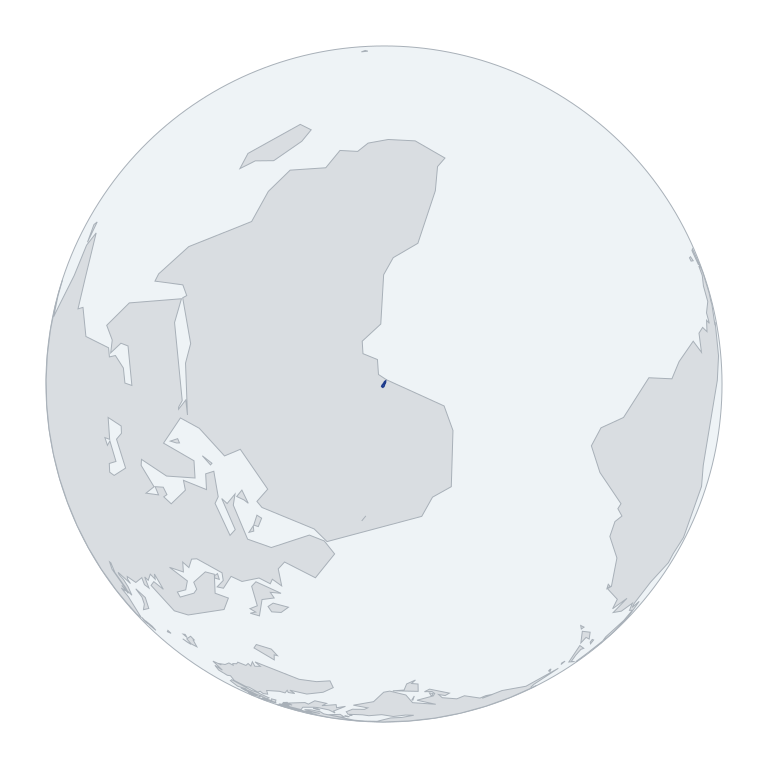 globe centered on Plateau, rotated 214°
{"feature_id": "BEN-2179", "entity_name": "Plateau", "entity_type": "Department", "adm_level": 1, "iso_a3": "BEN", "parent_name": "Benin", "parent_adm1": "", "projection": "orthographic", "projection_center": [2.644, 7.082], "detail": "fine", "context": "on_globe", "style": "filled", "palette": "blue", "viewbox_px": 768, "rotation_deg": 214, "n_neighbors": 0, "source": "natural_earth", "source_scale": "10m", "svg_char_len": 9083}
<svg xmlns="http://www.w3.org/2000/svg" viewBox="0 0 768 768"><g transform="rotate(214 384 384)"><circle cx="384" cy="384" r="338" fill="#eef3f6" stroke="#a8b0b8"/><path d="M265.3,67.6L259.4,70.0L262.6,69.1L255.1,72.2L264.1,69.0L270.4,66.5L276.4,64.4L278.9,64.0L269.8,67.5L267.2,68.2L265.8,69.1L260.2,71.2L264.4,69.9L253.0,74.9L267.8,69.6L261.8,73.3L253.3,76.7L249.6,76.8L220.8,88.6L211.1,94.0L201.1,100.5L191.7,110.9L182.8,117.5L174.1,126.0L181.0,121.6L190.3,113.6L201.0,108.6L211.1,100.5L216.9,97.7L229.1,90.1L232.0,91.2L228.3,96.7L218.3,103.3L216.4,106.4L229.8,100.6L215.0,114.8L211.9,128.3L207.5,132.6L192.0,138.4L182.1,135.8L162.0,147.4L179.8,140.3L168.7,153.0L168.9,155.8L172.3,155.9L178.4,151.5L175.6,156.5L156.9,164.3L159.1,159.9L165.1,157.1L160.3,156.5L147.6,163.7L143.0,170.5L128.8,177.3L125.3,182.6L120.2,187.7L126.8,178.4L114.7,195.9L97.3,212.8L80.5,245.8L91.8,218.9L92.6,214.9L92.0,214.1L89.1,219.3L90.4,216.7L104.2,194.6L119.6,173.6L136.6,153.8L155.0,135.5L174.9,118.6L195.9,103.2L218.1,89.6L241.3,77.7L265.3,67.6ZM69.0,261.8L69.7,261.1L59.1,291.1L58.8,298.4L53.0,322.0L51.6,335.3L53.9,333.6L55.5,341.2L60.2,328.4L66.2,322.7L62.7,342.2L68.8,325.5L70.2,336.0L84.3,339.3L82.3,343.4L93.6,370.0L111.5,383.9L115.6,399.1L112.9,407.6L120.4,411.4L120.6,417.3L155.5,431.4L177.5,448.7L179.6,469.0L166.7,490.2L167.9,537.3L148.2,549.3L151.9,567.6L151.6,592.4L138.5,587.8L151.3,602.3L151.5,609.1L145.5,608.0L152.2,617.2L148.2,616.2L156.4,623.3L161.7,633.4L174.0,643.9L180.8,651.9L189.1,657.9L187.3,657.1L188.6,658.6L192.6,661.6L182.0,654.7L165.5,641.4L159.4,635.5L156.9,633.6L142.5,617.8L144.1,620.5L122.4,594.4L109.7,573.4L80.2,508.9L73.8,495.0L63.5,476.7L49.9,424.3L49.4,405.0L48.3,394.8L52.2,368.9L53.9,342.1L53.3,337.5L50.9,346.5L51.3,327.4L55.1,306.8L56.1,302.4L69.0,261.8ZM75.3,256.9L75.4,276.7L70.6,276.6L72.4,274.0L73.4,266.4L73.6,258.7L70.7,260.5L75.3,256.9ZM86.0,240.1L85.6,238.3L86.6,238.7L86.0,240.1ZM226.6,90.2L227.8,90.2L224.9,91.6L226.6,90.2ZM230.8,87.3L226.6,88.9L228.0,87.8L230.5,86.8L230.8,87.3ZM235.6,85.6L230.9,85.7L233.4,83.8L245.2,78.7L235.6,85.6ZM271.3,65.9L264.8,68.6L267.9,66.9L271.3,65.9ZM294.2,58.2L292.6,58.7L284.6,61.0L292.5,58.8L271.8,65.5L272.2,65.1L294.2,58.2ZM279.1,63.6L278.3,63.5L287.7,60.4L290.9,60.0L286.9,61.1L279.1,63.6ZM286.0,61.6L292.3,60.0L290.2,61.2L280.5,63.5L286.0,61.6ZM288.8,59.9L293.4,58.6L291.9,59.1L288.8,59.9ZM286.1,66.0L285.0,65.3L289.7,63.5L286.1,66.0ZM294.9,59.4L295.6,59.0L297.3,58.4L300.9,57.8L294.9,59.4ZM311.7,53.9L314.3,53.4L305.3,55.5L311.1,54.2L312.5,53.9L303.6,56.1L304.3,55.6L305.2,55.4L307.9,54.8L311.7,53.9ZM309.9,55.5L300.1,58.8L301.1,60.1L296.9,61.6L296.0,59.4L309.9,55.5ZM307.0,55.6L307.8,55.8L302.1,57.1L298.0,57.9L307.0,55.6ZM319.3,52.3L320.7,52.1L318.1,52.6L319.3,52.3ZM311.3,55.5L313.7,54.8L312.1,55.4L311.3,55.5ZM319.1,52.7L317.1,52.9L319.6,52.4L319.1,52.7ZM320.0,53.4L316.9,54.3L314.0,54.7L320.0,53.4ZM320.5,52.8L324.4,52.1L314.8,54.2L319.2,53.0L320.5,52.8ZM321.7,52.2L322.6,51.9L322.2,52.1L321.7,52.2ZM332.8,52.0L321.5,54.7L315.1,55.2L327.0,52.4L332.8,52.0ZM203.8,668.5L184.9,656.8L193.6,662.4L189.8,658.6L203.3,666.8L203.8,668.5ZM196.6,659.1L198.1,657.6L201.3,659.4L201.1,660.9L196.6,659.1ZM708.3,289.0L708.6,290.3L704.9,278.0L695.5,255.1L696.9,264.9L701.5,300.7L708.2,332.8L707.1,348.3L690.9,304.7L679.7,275.2L676.4,279.2L657.7,256.7L632.6,260.0L626.8,252.9L622.6,257.4L609.0,251.5L599.3,239.9L592.2,241.8L617.5,272.4L624.9,270.7L628.0,257.0L633.9,268.5L646.7,277.6L640.5,308.8L599.6,341.4L592.0,317.8L542.0,257.4L541.4,250.3L541.1,249.5L540.2,248.2L539.4,259.9L529.6,248.4L560.2,290.3L566.9,309.4L599.1,342.9L597.0,347.0L606.2,353.7L631.4,341.2L632.4,349.3L622.7,388.7L584.6,444.7L587.6,479.0L581.4,508.8L553.2,530.7L551.1,553.0L535.9,562.1L531.9,574.8L517.2,589.1L494.1,603.0L459.8,605.4L461.2,594.2L449.5,572.9L434.6,519.6L447.0,493.9L445.4,474.4L420.2,431.9L426.0,407.3L418.4,397.4L403.1,400.6L393.9,388.8L384.3,388.9L321.9,399.4L300.8,384.0L270.8,336.5L280.5,317.3L278.7,295.4L343.1,221.5L360.8,224.8L416.1,213.4L423.7,215.6L421.6,231.8L466.6,249.5L476.0,235.2L512.4,244.0L533.8,242.0L533.7,211.7L498.6,214.1L488.1,200.4L512.8,186.1L542.9,185.9L539.8,180.7L517.2,170.2L520.3,160.4L508.9,166.0L516.3,170.9L509.3,175.0L502.1,170.9L503.5,167.3L493.4,165.7L489.3,184.9L496.4,192.0L472.1,197.2L481.6,209.8L476.3,216.5L458.4,197.8L457.3,190.6L427.0,172.4L425.9,180.1L454.5,198.3L447.2,197.2L446.0,209.5L441.2,199.3L410.3,179.1L386.0,185.4L361.4,217.0L345.8,220.5L329.9,215.5L332.5,185.0L366.9,180.8L368.3,171.6L355.9,159.4L367.4,159.7L366.6,154.8L379.1,153.3L391.3,140.9L403.2,139.0L402.9,124.9L408.9,122.5L407.4,131.2L412.7,136.9L441.5,134.4L445.6,131.2L443.1,122.7L451.3,123.8L445.2,116.0L459.3,112.1L436.9,110.8L433.3,102.5L439.0,96.0L433.8,93.4L424.6,104.3L424.5,109.1L430.9,113.3L427.1,128.3L418.3,131.4L407.0,116.1L393.3,119.5L390.5,107.6L417.2,83.0L431.0,78.7L464.5,86.8L464.3,91.4L452.1,90.4L468.1,98.1L464.5,94.2L471.4,95.6L469.7,89.4L474.5,90.2L464.7,83.4L470.4,83.7L476.5,88.0L478.8,80.7L489.2,80.8L487.5,78.9L482.6,76.8L499.1,79.2L497.0,77.8L490.8,76.3L482.8,72.8L474.9,67.9L481.1,69.0L484.7,70.9L501.6,77.2L510.4,83.0L512.1,83.1L505.9,78.4L485.3,70.5L478.9,67.4L488.8,70.4L484.7,69.0L483.4,67.9L487.8,68.0L477.0,64.7L454.5,54.6L460.9,55.1L472.2,58.1L467.6,56.6L491.6,63.7L515.0,72.5L537.6,83.0L559.5,95.2L580.3,109.0L600.1,124.2L618.7,140.9L636.1,158.9L652.0,178.2L666.5,198.6L679.4,219.9L690.7,242.2L700.4,265.3L708.3,289.0ZM325.9,258.0L325.3,264.5L325.9,258.0ZM578.4,202.2L594.0,202.0L580.5,184.7L585.4,183.5L579.0,178.5L579.4,183.5L562.9,169.9L567.3,164.5L562.1,157.5L556.6,157.3L551.2,169.8L574.9,188.7L574.1,196.3L578.4,202.2ZM84.8,339.1L86.1,343.4L83.5,342.8L84.8,339.1ZM67.5,284.1L68.7,285.3L68.5,288.7L67.1,289.0L67.5,284.1ZM83.4,291.2L85.9,293.8L82.2,294.3L83.4,291.2ZM76.0,279.4L81.3,289.9L74.3,293.5L71.3,287.3L74.8,286.9L76.0,279.4ZM80.4,250.4L80.6,252.3L78.9,255.5L80.4,250.4ZM86.7,240.6L86.3,240.7L87.2,237.7L86.7,240.6ZM169.8,152.5L171.2,152.1L173.6,153.3L170.2,154.9L169.8,152.5ZM197.5,148.0L192.4,156.2L193.7,151.1L188.0,154.3L183.8,148.3L205.1,134.6L196.2,141.5L197.5,148.0ZM184.2,137.8L184.4,142.3L183.3,138.0L184.2,137.8ZM349.7,132.3L355.7,134.7L353.4,140.3L338.4,145.5L341.5,137.1L349.7,132.3ZM364.6,137.1L357.6,122.1L366.7,119.2L362.8,123.2L369.5,122.8L365.0,129.3L380.6,142.3L379.6,148.4L352.3,152.9L361.8,147.7L355.4,145.2L364.6,137.1ZM323.6,98.0L320.7,93.9L344.2,92.5L344.2,96.6L329.2,101.2L320.4,99.2L323.6,98.0ZM257.3,77.7L254.6,78.0L257.2,76.8L261.5,75.5L257.3,77.7ZM285.2,65.8L271.4,75.7L267.7,76.3L264.2,82.7L253.0,87.1L255.6,82.6L244.4,91.4L242.3,89.1L235.7,95.2L242.9,84.7L240.6,83.9L247.4,83.0L257.8,78.8L261.6,76.7L270.6,70.6L270.7,67.7L281.0,64.0L288.3,62.2L289.8,62.3L282.6,64.5L289.8,63.1L280.6,66.4L285.2,65.8ZM366.9,56.2L358.0,56.4L370.9,58.6L361.8,60.1L363.8,60.3L358.9,62.6L356.6,66.0L351.8,66.5L353.0,67.7L349.7,69.7L349.7,71.6L341.1,73.5L340.4,76.3L336.7,75.7L337.8,80.1L333.2,77.8L328.6,80.8L335.5,81.5L289.3,91.7L273.5,99.5L262.8,107.7L256.3,103.9L262.1,94.4L274.6,83.8L290.8,77.5L284.9,77.5L290.9,74.7L293.0,75.9L293.3,72.6L298.8,70.8L309.9,64.3L307.0,61.8L311.0,59.8L314.9,60.0L316.1,58.0L326.2,57.2L329.3,56.0L342.3,54.5L348.1,56.3L351.1,54.9L361.1,54.4L366.9,56.2ZM336.5,51.6L345.5,52.2L344.9,53.7L322.4,55.9L318.2,57.1L303.8,59.5L305.0,57.6L309.0,57.0L313.2,56.0L311.1,56.9L315.9,55.5L321.6,54.7L326.8,53.6L328.3,54.0L336.5,51.6ZM429.8,209.2L435.2,209.6L443.2,208.4L442.5,216.6L429.8,209.2ZM408.5,195.5L413.1,194.2L416.0,204.2L410.4,204.3L408.5,195.5ZM413.0,185.5L413.1,193.4L409.7,189.2L413.0,185.5ZM411.3,129.9L415.8,128.5L417.3,130.4L416.0,133.7L411.3,129.9ZM403.3,66.7L398.2,65.7L399.0,65.0L392.2,61.5L398.5,60.7L405.0,62.4L403.3,66.7ZM529.2,217.2L524.5,223.3L520.6,220.8L523.0,219.1L529.2,217.2ZM482.6,219.9L494.5,222.9L482.3,222.1L482.6,219.9ZM408.9,65.2L405.4,63.7L410.7,64.3L408.9,65.2ZM402.7,60.0L408.4,60.2L398.4,60.2L402.7,60.0ZM588.5,646.7L586.1,650.0L583.5,650.9L588.5,646.7ZM625.7,499.1L598.6,552.4L586.5,554.0L587.9,539.2L600.3,507.5L615.5,497.0L623.9,482.0L625.7,499.1ZM709.1,335.7L713.6,354.0L712.4,358.0L709.1,335.7ZM457.2,62.4L459.6,67.5L465.5,72.0L475.3,75.4L462.5,73.5L453.5,66.4L457.2,62.4ZM454.2,55.1L445.6,53.2L448.5,53.3L450.9,53.8L454.2,55.1ZM449.6,54.4L440.7,53.6L435.3,52.2L443.4,53.0L449.6,54.4ZM425.1,57.5L425.4,58.9L421.1,58.2L425.1,57.5Z" fill="#d9dde1" stroke="#a8b0b8" stroke-width="1"/><path d="M384.4,380.6L384.4,380.8L384.4,381.0L384.6,381.2L384.7,381.5L384.9,381.7L384.9,381.9L384.8,382.0L384.7,382.0L384.7,383.5L384.6,383.8L384.6,384.0L384.8,384.2L384.8,384.3L384.7,384.3L384.4,384.6L384.4,384.8L384.5,385.0L384.5,385.3L384.5,385.5L384.5,385.8L384.8,385.9L384.8,386.0L384.8,386.3L384.7,386.4L384.6,386.5L384.6,387.0L384.4,387.4L384.2,387.0L384.1,386.9L383.8,386.7L383.7,386.5L383.6,385.8L383.3,385.1L383.3,384.8L383.3,384.5L383.5,384.5L383.5,384.2L383.3,383.6L383.4,383.4L383.0,383.2L382.9,382.7L382.8,382.4L382.8,382.1L382.7,382.0L382.7,381.8L382.7,381.7L382.9,381.3L383.0,381.3L383.1,381.2L383.1,380.8L383.1,380.6L384.4,380.6L384.4,380.6Z" fill="#3b82f6" stroke="#1e3a8a" stroke-width="1.5"/></g></svg>